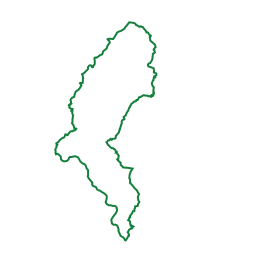 outline of Boita, Sibiu, Romania, rotated 134°
{"feature_id": "2599482B22566018215813", "entity_name": "Boita", "entity_type": "district", "adm_level": 2, "iso_a3": "ROU", "parent_name": "Romania", "parent_adm1": "Sibiu", "projection": "equal_earth", "projection_center": [24.183, 45.583], "detail": "fine", "context": "isolated", "style": "outline", "palette": "green", "viewbox_px": 256, "rotation_deg": 134, "n_neighbors": 0, "source": "geoboundaries", "source_scale": "gbopen_adm2", "svg_char_len": 5886}
<svg xmlns="http://www.w3.org/2000/svg" viewBox="0 0 256 256"><g transform="rotate(134 128 128)"><path d="M210.7,58.4L210.0,54.9L210.4,52.9L210.8,52.4L210.5,51.6L207.6,52.1L205.3,52.8L204.9,52.4L204.1,53.3L203.9,53.3L203.4,55.0L202.9,55.4L203.0,55.8L200.1,56.5L198.7,56.1L197.4,55.3L195.8,55.7L196.0,56.1L195.2,55.8L195.7,58.0L195.8,58.2L196.2,58.2L196.1,58.8L196.0,59.1L195.4,59.7L195.2,60.2L194.5,60.6L193.6,62.4L193.9,62.8L194.2,63.8L191.7,64.3L191.7,64.5L190.8,64.5L190.8,65.0L189.6,65.5L186.7,65.8L184.5,66.7L183.4,65.7L182.9,66.0L182.1,66.9L180.8,67.3L179.3,68.4L177.4,66.9L175.6,68.0L173.4,68.4L172.8,70.4L170.8,73.0L167.8,74.2L167.7,75.4L166.7,78.2L166.7,82.2L166.2,84.5L166.2,86.3L165.9,87.9L166.1,88.5L165.2,89.1L164.2,90.1L163.9,90.7L163.2,91.4L163.1,92.3L160.6,94.3L157.6,95.7L154.0,96.5L157.6,101.6L158.5,102.4L159.8,104.3L159.6,104.5L159.6,107.0L159.3,108.1L158.1,109.1L158.3,112.2L158.0,114.0L156.9,113.5L155.3,114.9L154.4,115.3L154.1,116.2L154.0,118.3L153.0,119.5L153.7,119.8L153.2,120.0L153.3,120.4L152.7,121.9L152.6,123.0L152.9,123.4L152.8,123.7L153.0,124.3L152.9,124.6L153.8,125.8L154.0,127.1L154.0,128.5L153.8,129.9L154.0,130.5L153.2,133.6L152.6,133.4L150.9,133.7L149.9,133.0L147.8,133.0L147.7,132.7L148.0,132.1L147.8,131.5L146.3,131.4L144.7,130.0L143.9,129.9L143.1,130.5L142.6,130.7L142.1,131.3L138.2,131.4L137.1,131.7L136.0,132.5L134.9,132.6L134.3,133.4L133.4,133.5L132.5,134.2L131.3,134.5L130.5,135.2L129.6,135.4L128.7,135.9L128.3,136.5L127.7,137.1L126.8,137.4L125.6,137.4L124.4,136.7L124.1,136.7L123.7,137.1L123.3,138.5L123.0,138.8L120.5,138.4L117.9,139.5L115.5,139.9L112.4,141.3L111.4,141.2L110.4,141.9L109.2,141.9L108.4,142.3L106.7,142.0L104.9,142.1L104.4,141.8L103.7,141.0L103.3,140.9L102.0,141.4L101.3,140.7L100.5,140.5L98.5,141.3L98.0,141.3L97.2,140.6L93.6,139.6L93.3,139.3L93.1,138.7L92.6,138.0L91.5,136.9L91.1,136.3L91.1,135.4L90.0,134.4L89.4,134.3L89.6,133.0L89.1,132.9L88.4,133.6L87.9,133.8L87.8,133.6L87.8,132.5L87.3,132.4L86.9,132.5L86.6,133.0L85.4,133.1L85.4,134.0L84.4,134.1L84.3,135.0L83.5,135.4L83.1,136.1L80.7,137.7L80.8,138.7L80.3,140.5L79.6,141.2L79.4,141.9L76.8,142.9L75.8,142.9L75.6,143.4L74.8,143.6L74.1,144.3L73.8,144.3L72.7,143.6L72.6,143.9L72.9,144.9L72.7,145.1L71.8,144.5L70.3,144.3L69.4,145.1L69.2,145.7L69.6,146.3L69.7,147.1L70.0,147.8L69.9,148.3L69.6,148.5L68.7,148.9L68.1,150.0L67.5,150.5L67.3,151.1L67.4,151.7L68.0,152.7L68.2,153.4L69.5,156.0L69.3,156.8L68.7,157.6L67.3,157.9L66.1,157.2L63.1,157.7L60.7,158.8L59.7,159.9L58.1,160.9L57.5,161.6L56.9,161.6L55.6,161.1L54.9,161.2L54.5,162.1L53.8,162.8L54.0,163.6L53.9,163.9L53.4,164.2L52.6,164.1L51.9,164.4L50.7,164.3L49.5,166.1L49.3,166.8L49.3,168.0L49.5,169.1L49.4,170.1L49.6,170.7L49.6,172.6L49.3,173.1L48.0,174.6L47.9,175.1L47.6,175.4L47.1,175.7L46.3,175.5L45.7,175.8L46.1,177.5L45.8,178.8L45.5,179.4L45.6,180.4L45.8,180.7L46.3,181.0L46.3,181.4L45.9,182.1L45.6,183.4L45.6,184.7L45.2,187.0L45.3,187.5L45.2,187.7L45.9,188.6L46.1,189.0L46.0,189.5L47.3,190.1L47.9,193.1L48.3,193.5L48.3,194.1L47.9,194.9L48.2,196.5L49.7,198.7L51.1,200.5L55.7,200.0L57.0,200.1L58.9,199.6L62.8,200.4L65.5,201.8L67.4,202.1L67.8,202.0L68.3,201.6L69.6,201.5L70.3,201.2L74.3,200.5L76.6,203.3L77.3,203.9L78.2,204.4L78.5,204.2L78.4,202.3L78.7,201.1L79.5,200.3L80.0,200.2L81.3,200.2L82.4,200.0L83.8,199.6L84.9,198.9L85.9,198.6L89.5,199.1L90.7,199.0L91.5,198.3L92.7,197.8L93.4,197.8L94.7,198.7L97.2,199.0L99.3,199.6L99.6,199.7L100.1,200.6L100.6,200.8L101.7,200.2L102.2,199.2L104.6,196.8L105.8,196.1L106.8,196.3L108.3,195.5L108.7,195.6L109.2,196.0L109.1,196.5L108.6,197.4L108.8,198.4L109.7,199.1L110.4,199.3L112.0,199.0L113.5,197.7L114.5,197.6L116.2,197.8L118.3,197.7L119.9,198.0L121.0,198.5L121.4,198.3L121.3,197.6L121.7,197.0L122.8,195.9L123.4,194.8L124.7,194.0L125.7,192.9L126.5,192.5L127.0,192.0L127.5,192.2L128.1,193.1L129.1,193.7L129.3,193.3L129.3,192.2L129.5,191.6L130.1,190.9L130.5,191.1L131.4,190.7L132.9,190.3L133.7,190.4L134.7,190.1L138.3,190.9L140.5,189.8L141.5,189.5L142.1,188.8L142.8,188.4L143.5,188.5L144.6,189.2L145.5,189.1L146.5,189.2L147.2,189.1L148.1,188.5L148.5,187.4L149.5,186.5L149.8,185.6L150.3,185.7L151.5,186.4L151.8,186.3L151.9,185.7L152.2,185.6L152.4,185.7L152.6,186.4L152.8,186.4L153.2,185.2L154.0,184.5L154.1,184.0L153.6,181.9L153.0,181.5L152.8,181.1L153.6,180.4L154.3,180.8L155.1,180.8L155.2,180.4L154.8,180.0L154.7,179.6L155.7,178.8L156.5,177.8L156.9,176.4L157.4,175.9L158.4,175.5L159.4,174.5L160.5,173.8L161.6,172.8L162.2,172.1L163.5,171.6L163.6,170.2L164.6,167.7L165.5,166.5L165.2,166.0L165.3,165.5L164.5,165.0L164.5,164.6L165.9,164.5L166.9,164.8L167.9,165.6L168.9,165.6L169.7,166.6L171.1,167.1L175.1,166.5L175.5,167.0L175.6,168.1L176.1,168.6L178.3,167.6L179.5,167.5L180.0,167.7L180.8,168.3L184.5,168.7L185.7,168.4L187.3,168.5L188.6,168.9L188.9,168.9L189.1,168.7L189.3,167.8L189.1,167.2L189.6,166.9L190.6,167.0L191.6,166.1L194.1,165.3L194.8,164.3L195.0,163.9L195.7,163.2L196.3,162.9L196.9,161.5L196.2,161.3L195.6,160.9L195.2,159.3L195.2,157.8L195.2,156.9L195.5,156.2L197.0,154.5L197.2,153.4L197.1,152.4L196.4,150.9L195.9,150.3L194.8,149.5L193.7,149.0L192.3,148.9L191.7,149.0L190.4,149.7L189.2,149.6L187.8,148.3L185.5,146.8L184.8,145.9L184.1,144.5L183.9,143.4L184.4,141.4L185.1,139.4L185.2,137.4L184.8,135.5L184.2,133.9L184.2,133.1L184.3,132.6L185.7,129.9L185.9,129.2L186.0,127.5L189.5,124.1L190.6,123.4L191.0,122.9L191.5,121.2L192.1,115.6L192.4,115.3L193.3,115.0L193.9,113.4L193.9,112.6L192.8,110.3L193.0,109.1L193.6,108.1L193.6,107.6L193.3,106.0L192.5,104.5L192.2,102.0L191.7,100.7L191.4,96.8L192.2,95.4L195.2,93.3L196.7,92.7L197.2,91.7L197.5,90.3L196.8,88.0L195.6,86.7L194.4,84.5L193.4,83.7L193.1,83.1L192.9,81.8L193.0,81.2L193.7,80.3L194.2,79.2L195.7,78.2L197.3,77.7L203.2,76.9L205.3,76.4L205.8,76.1L206.7,74.6L207.6,73.7L207.9,73.0L207.7,72.5L207.6,71.1L206.4,70.0L205.8,68.8L205.7,68.0L207.3,64.5L208.7,63.3L210.7,58.4Z" fill="none" stroke="#15803d" stroke-width="2"/></g></svg>